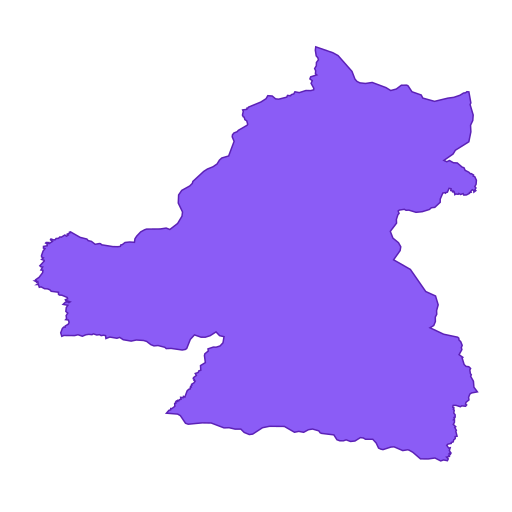 Mansa, Luapula, Zambia (Equal Earth projection), rotated 269°
{"feature_id": "96606910B48291631033153", "entity_name": "Mansa", "entity_type": "district", "adm_level": 2, "iso_a3": "ZMB", "parent_name": "Zambia", "parent_adm1": "Luapula", "projection": "equal_earth", "projection_center": [28.97, -11.124], "detail": "fine", "context": "isolated", "style": "filled", "palette": "violet", "viewbox_px": 512, "rotation_deg": 269, "n_neighbors": 0, "source": "geoboundaries", "source_scale": "gbopen_adm2", "svg_char_len": 5983}
<svg xmlns="http://www.w3.org/2000/svg" viewBox="0 0 512 512"><g transform="rotate(269 256 256)"><path d="M204.0,437.3L212.9,434.8L217.5,425.1L239.9,410.1L249.8,393.5L258.9,400.2L262.7,400.9L266.8,398.7L271.5,393.2L278.3,390.7L286.4,397.1L290.1,397.0L294.8,398.6L296.1,399.8L298.5,398.9L299.4,400.1L300.1,405.1L299.1,406.8L299.2,409.6L296.9,416.7L297.4,423.0L299.5,430.2L301.2,432.2L301.5,435.6L306.5,441.1L309.7,441.2L315.7,443.9L316.0,445.9L315.5,446.6L316.2,447.0L316.5,448.5L320.3,450.2L319.9,452.2L318.1,451.9L318.1,452.9L317.0,453.5L317.3,454.4L316.6,454.3L316.6,455.3L313.9,455.9L314.5,456.7L314.2,459.3L315.0,459.9L313.9,461.6L314.8,464.1L313.3,464.8L313.4,467.5L314.9,470.5L315.7,470.5L316.0,472.2L316.8,471.8L318.5,473.4L317.7,474.9L316.1,475.0L317.5,476.9L318.3,476.0L320.2,477.1L321.6,476.0L323.9,477.3L327.9,477.7L331.5,476.1L332.1,474.6L333.2,474.9L334.6,472.7L334.5,471.8L336.1,470.2L338.0,466.6L340.6,465.5L341.3,463.6L345.5,458.9L345.8,455.0L348.1,451.1L346.9,448.4L348.3,445.5L354.5,454.8L358.3,457.2L366.5,470.8L376.4,473.0L383.0,472.8L387.7,475.1L393.2,475.6L403.7,472.7L405.3,473.5L416.4,471.7L416.6,469.7L415.6,468.5L415.3,466.3L413.2,462.8L411.2,456.6L410.5,450.6L407.5,437.2L411.0,425.5L414.1,424.0L417.5,414.8L423.5,411.0L424.2,409.7L424.2,404.3L420.5,399.2L419.1,393.6L422.1,388.9L427.5,375.2L426.6,368.5L427.3,362.9L428.8,360.0L431.2,358.0L438.9,355.2L454.9,341.6L457.8,336.6L464.1,319.4L460.8,318.9L455.0,319.7L453.1,321.3L451.0,321.8L448.5,319.8L445.1,319.6L442.4,317.9L440.1,318.9L437.2,318.6L436.0,319.9L434.2,313.8L432.1,313.0L430.3,315.3L427.7,314.1L422.7,316.7L421.2,316.6L420.4,313.7L420.6,308.8L418.6,302.1L419.5,297.8L417.4,296.6L416.7,294.1L415.6,293.4L416.0,290.3L414.3,289.5L412.4,281.4L412.8,278.3L415.7,275.0L416.1,270.6L413.1,268.8L409.9,263.6L405.0,251.1L404.1,250.5L404.0,249.5L402.8,249.4L402.3,245.2L400.8,245.8L397.1,244.9L395.4,245.7L395.0,246.6L392.5,247.3L391.3,249.1L387.9,250.0L386.9,249.4L382.0,240.6L380.6,239.3L379.4,236.1L377.6,234.6L375.6,234.3L371.0,236.1L356.5,230.4L354.6,223.5L352.5,221.1L348.7,218.7L345.9,214.4L343.8,208.9L341.5,205.2L331.7,194.2L329.7,193.6L327.2,191.0L322.9,182.9L318.4,179.7L310.3,179.2L301.3,183.3L297.1,182.7L289.9,178.2L284.0,170.3L285.5,166.7L284.7,160.7L284.8,147.0L284.2,145.1L282.1,141.1L278.0,137.1L275.4,135.3L271.8,134.7L272.2,129.9L271.8,125.3L269.7,122.5L269.4,121.0L268.0,120.6L267.7,118.1L267.9,113.0L269.9,101.9L271.0,100.8L271.2,99.6L270.5,95.4L273.5,91.7L274.3,88.5L275.9,87.2L277.7,80.5L283.4,70.9L283.1,70.1L282.5,70.5L281.1,67.6L280.3,68.7L279.1,66.9L280.3,65.2L278.2,61.6L278.5,60.3L277.1,58.8L277.0,56.4L275.8,55.5L275.6,54.0L276.6,51.3L275.8,50.8L274.1,52.7L272.0,49.3L272.7,47.8L273.1,48.3L273.2,46.5L272.6,45.9L271.7,47.4L269.9,47.4L269.3,43.7L267.6,43.6L267.0,45.1L264.7,43.2L260.1,41.5L258.8,41.6L257.8,43.4L256.3,41.6L255.4,44.1L254.7,44.2L250.0,39.7L249.0,40.7L248.7,42.5L245.8,40.7L245.4,42.7L243.1,42.4L238.5,38.8L236.1,35.2L235.2,35.5L235.0,34.3L234.3,35.6L234.7,36.1L233.6,36.2L234.2,37.4L232.0,37.7L231.3,36.5L231.3,37.9L228.5,38.8L228.9,40.6L227.0,44.0L226.8,46.9L225.8,49.3L224.3,50.6L223.2,57.9L221.3,57.8L220.4,58.7L220.2,61.2L217.8,66.6L216.5,66.9L215.6,64.6L215.0,64.9L213.4,69.4L212.6,68.1L213.4,66.8L213.3,64.8L211.0,62.3L210.0,67.0L207.7,65.4L203.9,64.9L202.2,66.8L199.7,65.1L196.7,65.5L195.7,64.6L195.3,67.2L193.0,68.0L191.2,67.2L189.3,64.0L188.2,63.9L188.3,62.5L186.9,61.1L182.6,59.4L179.1,60.4L179.9,62.5L179.6,73.4L180.4,76.6L178.8,81.0L180.2,84.5L180.6,87.5L180.2,90.6L181.0,92.1L179.8,95.4L180.1,98.2L179.1,99.8L179.5,102.1L179.0,104.2L176.1,104.5L177.5,108.4L176.2,115.5L177.0,118.3L174.6,121.8L173.1,129.7L174.1,134.9L173.5,142.1L172.5,145.2L169.2,149.3L167.9,152.4L168.2,156.5L166.3,163.3L165.0,164.6L165.1,169.5L163.3,180.6L163.8,183.7L164.7,185.1L173.8,188.9L178.2,193.1L175.8,199.6L175.7,203.9L177.1,208.7L180.8,214.7L177.0,218.2L175.9,222.6L169.8,221.5L166.7,218.5L165.5,214.5L165.7,211.8L164.0,206.4L161.8,206.6L159.2,203.2L157.4,202.7L150.3,203.5L147.4,198.6L142.7,198.8L142.2,196.9L140.5,196.1L139.6,193.2L137.6,194.3L135.5,191.4L134.4,191.1L133.6,192.2L132.7,191.8L132.0,193.0L130.3,191.8L128.8,189.3L127.8,189.6L126.9,188.4L126.1,188.9L125.8,188.0L124.3,188.0L123.9,186.4L122.4,184.8L116.2,182.4L116.9,181.0L115.6,180.6L116.0,178.2L114.0,178.5L113.7,176.8L112.6,176.3L113.0,175.2L112.0,175.0L112.5,173.9L111.3,173.0L110.5,173.5L109.9,172.1L107.1,172.2L104.9,169.2L105.0,168.1L103.7,168.0L103.2,166.2L100.4,163.7L99.3,174.9L97.7,177.6L90.0,182.6L89.0,185.3L90.1,199.3L89.8,208.3L84.7,221.0L84.8,226.1L83.3,232.0L83.2,237.8L79.8,241.1L77.6,246.2L78.0,249.6L84.2,259.5L85.5,266.5L85.1,281.4L79.1,291.4L79.9,295.7L78.9,300.6L81.4,305.4L82.0,309.5L80.1,315.7L78.1,317.1L77.5,318.5L75.8,330.7L70.9,333.7L69.8,336.5L69.7,340.2L70.6,342.9L68.9,347.3L69.3,351.7L72.6,357.2L72.2,360.1L70.9,362.2L70.7,369.6L66.9,372.9L61.8,375.2L60.7,377.5L60.2,379.6L62.6,387.5L62.8,390.7L58.9,399.3L59.6,404.3L59.2,405.7L57.0,409.4L50.3,416.9L50.1,424.7L50.9,431.4L47.9,437.1L48.8,440.0L48.0,443.8L49.8,444.7L51.6,443.0L52.2,445.8L53.5,445.2L53.9,446.6L55.3,447.4L55.4,446.1L56.3,447.0L58.1,445.9L60.9,446.8L60.6,445.3L63.4,443.4L64.6,444.7L65.2,447.9L66.1,448.0L66.7,449.9L68.8,450.5L69.9,452.0L72.0,452.0L72.3,453.9L77.3,452.7L78.2,453.3L81.1,451.7L81.8,452.7L84.2,450.3L86.2,451.5L88.6,451.6L88.8,450.6L90.0,451.6L91.1,451.2L91.4,452.3L93.8,452.3L95.5,451.0L98.4,451.5L99.3,450.6L100.6,451.3L101.3,450.1L103.2,450.5L103.2,453.4L101.7,457.7L102.6,459.1L102.1,462.9L103.4,464.0L104.2,462.9L106.0,463.4L108.4,466.4L111.0,466.1L114.2,467.4L115.3,469.1L116.3,475.0L121.0,471.6L127.0,471.2L132.0,468.5L133.5,469.2L134.7,468.3L138.3,467.8L139.8,468.6L141.6,466.8L142.0,464.0L143.9,462.2L150.5,460.3L151.1,461.0L153.8,457.3L158.8,460.2L160.8,459.7L163.1,460.6L166.8,459.2L168.5,457.5L170.3,457.3L171.3,456.2L174.5,442.3L181.2,428.7L183.4,432.5L187.3,434.2L191.8,434.2L194.6,435.7L198.2,435.6L204.0,437.3Z" fill="#8b5cf6" stroke="#5b21b6" stroke-width="1.5"/></g></svg>